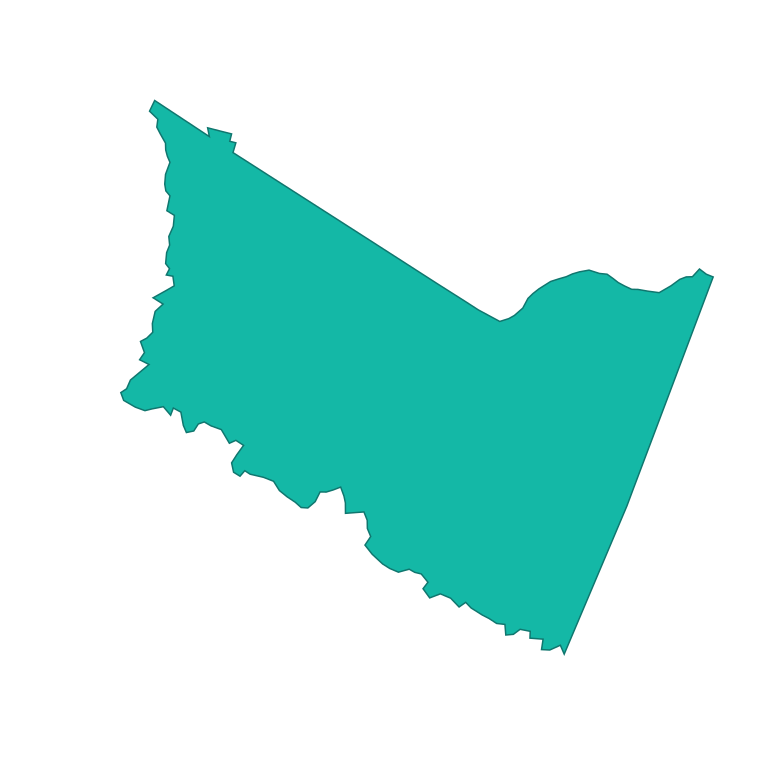 the district of Moreira Sales, Paraná, Brazil, rotated 194°
{"feature_id": "56859067B37185624214579", "entity_name": "Moreira Sales", "entity_type": "district", "adm_level": 2, "iso_a3": "BRA", "parent_name": "Brazil", "parent_adm1": "Paraná", "projection": "orthographic", "projection_center": [-52.978, -24.024], "detail": "fine", "context": "isolated", "style": "filled", "palette": "teal", "viewbox_px": 768, "rotation_deg": 194, "n_neighbors": 0, "source": "geoboundaries", "source_scale": "gbopen_adm2", "svg_char_len": 2029}
<svg xmlns="http://www.w3.org/2000/svg" viewBox="0 0 768 768"><g transform="rotate(194 384 384)"><path d="M143.8,165.5L118.8,324.4L116.7,342.9L104.9,443.7L90.5,567.5L97.8,568.5L105.7,571.9L110.7,562.7L116.7,561.0L122.3,557.1L129.2,548.8L139.1,539.2L150.7,537.9L160.4,537.2L166.6,535.8L174.3,537.3L181.3,539.1L187.1,541.7L194.1,544.5L201.7,543.4L212.6,544.1L221.5,540.1L227.8,536.4L233.1,532.2L239.5,528.5L247.1,523.8L256.6,513.9L261.4,507.7L265.0,501.9L267.7,491.2L274.1,482.0L278.8,477.6L286.8,472.7L310.3,478.7L325.2,483.8L355.9,494.0L441.1,522.9L586.5,572.0L586.1,582.2L592.4,582.2L592.4,589.8L602.3,589.8L617.1,589.9L613.3,581.8L675.1,603.6L677.5,592.0L667.5,586.2L666.6,578.3L661.5,572.5L654.3,564.9L652.4,558.2L649.3,552.6L645.3,547.3L646.7,534.6L645.1,524.9L642.4,518.6L637.2,514.8L636.6,499.6L628.2,496.9L626.6,486.1L628.5,475.1L625.6,466.9L626.7,458.9L625.0,448.0L620.0,444.0L621.6,437.1L614.9,437.5L611.3,428.5L618.0,422.0L628.9,411.8L617.7,408.1L623.6,399.1L623.4,386.6L620.9,378.3L625.3,371.1L630.6,366.4L624.0,356.5L627.0,348.4L616.7,346.1L631.0,326.5L632.6,317.1L637.3,312.0L632.6,305.1L619.7,301.4L609.5,300.3L603.1,303.7L592.6,308.6L583.5,302.1L582.6,309.7L574.3,307.6L568.7,295.3L564.0,289.1L557.2,292.4L554.5,300.3L549.2,303.7L541.6,301.5L530.8,300.4L519.7,289.1L514.1,293.5L505.4,290.5L509.7,279.8L512.8,270.6L508.6,262.0L501.4,259.7L498.1,266.2L492.1,264.1L478.3,264.3L467.6,262.9L459.7,255.3L450.7,251.1L441.5,247.8L434.5,244.1L427.9,245.3L422.3,253.2L419.9,263.8L413.9,265.2L407.7,268.9L401.1,273.5L395.7,265.5L392.7,259.3L390.1,249.2L372.5,255.0L367.3,247.7L365.2,239.8L360.0,232.8L363.5,223.1L354.2,215.9L341.7,209.0L333.8,206.4L324.5,204.9L314.8,210.4L308.6,208.7L301.9,208.7L293.4,202.3L296.6,194.8L287.9,187.5L278.6,194.0L267.5,192.3L257.2,185.8L251.9,191.9L245.2,187.7L232.7,183.6L225.4,181.9L216.8,178.9L208.5,180.0L205.1,169.9L197.9,172.4L192.6,178.9L182.3,179.4L180.9,172.7L167.9,174.9L166.9,164.4L158.8,166.0L149.7,173.2L143.8,165.5Z" fill="#14b8a6" stroke="#0f766e" stroke-width="1.5"/></g></svg>